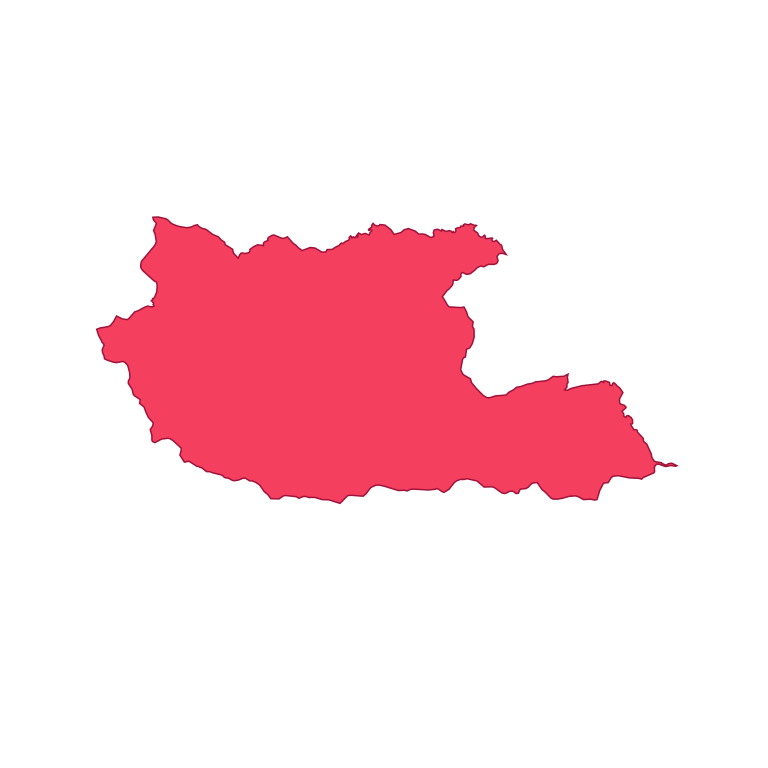 outline of Dai Tu, Thái Nguyên, Vietnam, rotated 306°
{"feature_id": "81297802B22157258808987", "entity_name": "Dai Tu", "entity_type": "district", "adm_level": 2, "iso_a3": "VNM", "parent_name": "Vietnam", "parent_adm1": "Thái Nguyên", "projection": "equal_earth", "projection_center": [105.65, 21.604], "detail": "fine", "context": "isolated", "style": "filled", "palette": "rose", "viewbox_px": 768, "rotation_deg": 306, "n_neighbors": 0, "source": "geoboundaries", "source_scale": "gbopen_adm2", "svg_char_len": 6170}
<svg xmlns="http://www.w3.org/2000/svg" viewBox="0 0 768 768"><g transform="rotate(306 384 384)"><path d="M490.1,669.0L489.1,663.4L486.7,660.9L484.7,660.3L484.0,659.6L483.1,655.5L483.5,654.8L480.8,649.6L480.5,647.7L482.0,643.9L484.6,641.2L489.9,631.8L490.1,627.9L492.4,625.5L494.1,617.2L495.4,615.9L495.1,614.6L493.9,613.1L495.8,608.2L496.7,607.2L497.8,608.3L498.3,608.3L501.0,606.2L502.1,603.8L502.1,600.6L501.7,599.7L500.7,599.1L499.2,599.3L498.8,597.3L500.9,595.2L501.3,593.6L501.9,592.7L506.9,593.7L507.6,593.4L508.0,590.9L506.8,587.1L506.8,586.5L508.1,585.0L510.4,583.3L517.5,582.3L519.3,577.4L519.4,573.6L520.0,571.8L520.1,569.2L519.0,568.7L517.0,569.4L516.0,568.0L516.6,566.4L517.7,565.8L517.7,565.0L516.5,561.1L515.8,560.2L515.1,560.0L514.4,560.6L514.0,558.6L513.5,558.1L510.1,557.3L498.9,545.1L490.3,537.9L486.6,535.9L485.4,533.6L489.1,533.8L491.4,532.1L493.3,532.1L497.4,528.3L500.1,527.1L496.0,525.0L491.2,519.2L489.6,516.3L484.2,514.6L481.7,513.0L474.8,505.4L471.4,503.3L468.2,500.1L462.4,496.2L459.1,493.1L455.8,492.3L450.5,489.8L446.9,489.3L439.9,481.2L435.2,477.7L434.0,476.3L433.3,474.6L433.1,470.8L434.6,461.6L436.5,454.1L439.0,450.9L438.2,443.7L438.4,441.8L440.6,437.6L449.7,433.3L451.7,432.8L453.7,434.0L460.5,430.4L463.8,432.2L468.5,431.7L474.7,429.5L480.4,425.3L481.7,424.0L481.9,422.6L483.0,421.5L486.7,419.5L487.8,412.4L490.9,408.3L493.3,403.4L491.1,401.4L484.8,391.6L484.7,390.4L485.3,388.5L488.1,382.3L488.8,379.9L497.1,380.1L498.5,380.7L503.9,381.2L505.9,380.7L508.7,378.9L510.7,382.0L512.2,382.8L516.1,383.2L517.7,381.7L519.8,381.7L520.6,382.5L521.1,386.2L523.8,388.9L528.8,390.4L532.7,391.0L535.7,392.5L536.5,393.2L537.4,395.8L542.1,398.1L545.4,402.6L547.2,404.0L548.5,404.3L550.8,403.8L553.5,400.4L556.2,400.5L557.5,400.9L559.2,402.7L560.6,406.7L562.5,400.9L565.4,397.5L565.2,396.0L566.3,390.4L563.7,389.1L563.4,388.0L563.8,386.8L564.2,386.3L565.6,386.3L565.7,385.7L561.5,381.1L561.6,380.3L563.4,378.5L563.4,377.7L560.7,377.3L559.9,376.4L559.6,374.8L559.8,373.3L561.2,370.9L561.1,367.0L561.4,366.1L563.5,365.0L566.6,365.6L566.4,364.9L565.6,364.2L564.5,359.8L562.6,359.1L560.9,355.2L559.3,354.7L558.4,355.6L557.0,353.4L555.6,353.7L553.4,351.6L551.7,350.7L549.8,352.4L548.1,352.2L547.7,351.3L548.0,350.4L546.7,350.3L546.6,349.9L547.1,348.6L546.7,346.9L543.7,344.2L543.2,340.4L543.0,340.0L541.8,340.6L541.4,340.3L540.9,336.7L538.3,334.1L535.5,334.9L533.1,337.5L531.6,337.0L530.0,335.7L529.2,329.4L528.2,327.3L525.7,324.0L526.1,319.5L524.1,312.4L520.6,309.6L516.4,308.7L511.0,304.2L512.9,298.8L513.1,291.3L510.7,287.1L509.2,286.8L507.9,285.7L507.0,282.9L507.6,280.8L505.7,280.7L503.5,281.7L500.0,280.6L499.4,281.4L499.6,281.9L500.6,281.8L501.1,282.4L500.8,284.1L498.4,283.7L496.2,284.4L495.6,284.1L494.8,280.3L491.6,277.8L491.2,274.7L489.9,274.6L487.4,276.4L487.2,276.1L488.1,274.6L485.3,274.6L485.0,272.7L483.4,272.2L484.2,270.7L484.1,269.9L482.0,269.7L481.2,270.6L479.5,270.8L476.7,269.1L473.4,268.2L473.1,266.8L472.6,266.5L469.6,266.2L465.9,264.2L462.6,263.1L459.2,258.9L457.6,259.4L456.4,259.1L454.2,256.2L453.5,248.4L451.1,244.1L443.8,239.3L443.9,234.6L444.5,231.5L444.4,228.0L446.3,219.3L442.9,217.4L441.8,215.4L439.9,207.5L438.6,206.1L434.8,204.4L433.2,204.5L432.0,205.7L428.6,203.8L427.6,203.7L426.7,203.9L425.2,205.1L422.3,199.9L418.4,197.8L414.0,196.4L412.7,197.4L410.8,197.5L408.0,195.0L406.6,192.1L405.6,191.4L404.0,191.3L400.1,192.0L401.4,185.3L404.0,182.4L403.4,173.5L405.0,171.8L404.9,167.3L405.7,163.5L404.3,157.4L404.5,150.0L404.2,148.1L402.9,145.2L402.6,141.2L403.2,139.6L401.2,137.7L397.8,135.8L395.7,133.9L394.4,132.4L392.2,128.0L390.6,124.6L389.3,119.9L389.0,117.2L389.7,112.3L389.4,110.2L386.3,103.0L383.0,99.0L381.2,101.1L380.3,104.9L379.8,105.6L372.8,107.3L370.5,110.9L365.5,116.0L362.8,116.9L359.8,117.0L341.2,115.7L339.5,116.1L336.0,118.1L334.7,119.8L333.9,122.5L332.3,137.2L332.7,140.1L330.4,142.6L325.0,146.0L319.0,147.5L317.0,146.7L316.4,147.3L314.6,146.8L314.1,150.1L312.5,150.5L311.8,152.2L310.3,151.3L309.1,149.4L308.3,147.2L305.8,145.4L298.4,141.8L295.8,139.9L286.8,139.1L285.2,138.4L282.9,134.2L281.8,127.7L276.0,128.5L270.4,128.3L268.1,126.9L262.6,121.5L259.4,119.4L255.7,124.3L252.8,130.3L252.2,131.0L251.4,133.9L250.8,134.7L245.8,136.0L243.9,138.0L242.0,141.2L240.1,143.1L240.6,146.0L242.8,152.9L244.1,155.1L248.1,158.8L249.0,160.1L249.2,161.7L248.5,165.6L243.7,171.5L239.6,174.9L236.2,175.4L234.1,176.9L231.7,183.2L228.1,187.5L227.8,189.2L228.1,195.9L224.6,197.8L224.4,203.2L220.4,209.4L218.5,213.0L217.1,219.5L216.6,220.3L214.2,221.5L209.7,221.7L206.0,226.4L202.2,229.2L201.4,230.5L201.9,233.1L208.8,236.5L213.0,241.0L214.0,243.0L214.2,246.9L212.9,257.6L211.3,258.8L206.5,260.7L203.5,268.3L203.7,268.8L206.6,271.2L206.9,272.1L207.4,280.8L208.3,282.6L208.5,284.4L209.1,285.9L208.8,291.9L210.6,294.5L211.5,297.8L214.7,305.5L215.0,307.1L214.7,309.6L214.9,310.9L216.3,313.4L217.0,318.3L218.1,320.1L220.6,322.6L224.7,325.2L226.3,327.1L226.7,332.4L227.9,333.9L229.0,337.4L229.2,342.8L226.5,350.5L226.2,355.4L224.7,359.8L229.3,366.6L234.4,368.4L235.8,369.7L241.3,379.3L241.6,382.4L245.4,384.7L246.9,386.6L248.2,390.3L249.8,392.1L251.8,395.2L254.1,401.9L257.8,407.3L261.6,418.6L271.8,420.1L272.9,420.7L274.9,423.2L280.9,433.0L284.3,434.0L291.6,434.1L293.8,434.8L297.4,437.0L299.2,439.2L301.3,443.8L306.3,458.3L310.0,462.9L311.0,465.5L314.1,467.2L316.4,469.8L324.5,482.4L329.0,487.4L330.4,488.1L330.9,489.9L331.1,494.7L331.7,496.3L337.1,498.5L345.3,498.8L348.3,499.6L351.8,502.0L353.7,504.7L356.3,507.1L360.2,516.1L359.5,525.6L363.9,531.2L364.8,533.1L365.1,534.4L365.1,543.0L366.1,545.7L368.0,547.3L370.6,548.4L372.6,550.5L373.2,552.4L372.9,555.1L374.6,556.9L378.9,556.0L382.8,560.2L385.1,561.3L389.6,561.9L391.3,562.6L394.3,565.8L391.5,573.7L391.3,577.7L389.9,586.0L390.2,588.3L392.8,592.0L396.3,595.4L402.0,599.9L406.0,604.6L407.0,607.3L407.8,613.5L412.0,618.5L413.9,622.5L415.0,623.8L415.9,624.2L424.7,621.1L432.8,619.9L436.0,623.3L442.0,622.9L444.1,623.6L447.5,627.4L452.2,637.5L457.5,645.7L458.4,648.3L460.7,648.7L470.8,654.6L472.2,654.4L475.2,652.0L477.2,651.3L479.4,651.8L480.7,653.4L482.5,659.8L483.3,661.0L486.4,663.6L488.9,668.3L490.1,669.0Z" fill="#f43f5e" stroke="#9f1239" stroke-width="1.5"/></g></svg>